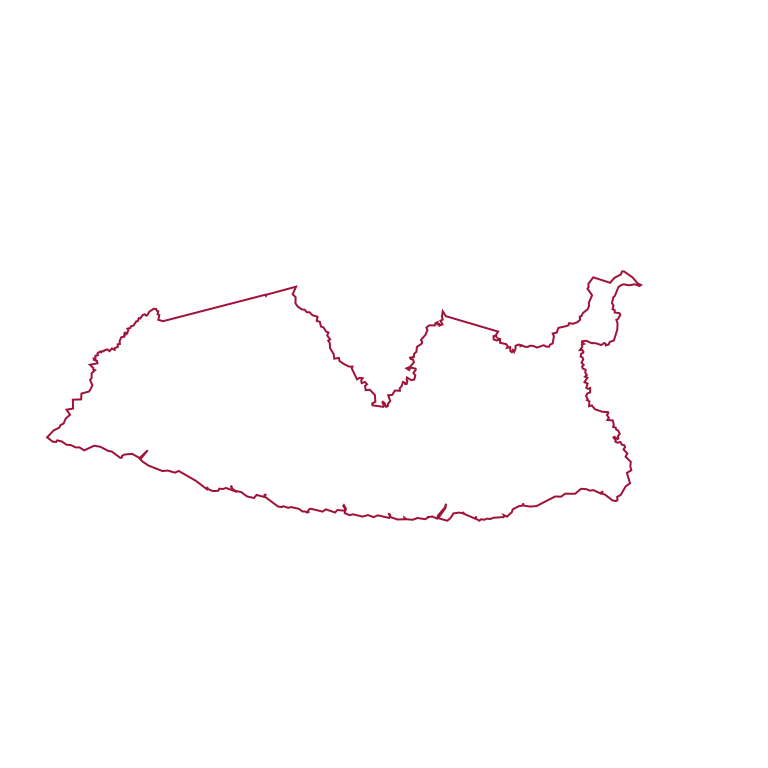 Donoso, Colón, Panama (Mercator projection), rotated 211°
{"feature_id": "35544464B61389009226289", "entity_name": "Donoso", "entity_type": "district", "adm_level": 2, "iso_a3": "PAN", "parent_name": "Panama", "parent_adm1": "Colón", "projection": "mercator", "projection_center": [-80.539, 8.91], "detail": "fine", "context": "isolated", "style": "outline", "palette": "rose", "viewbox_px": 768, "rotation_deg": 211, "n_neighbors": 0, "source": "geoboundaries", "source_scale": "gbopen_adm2", "svg_char_len": 6166}
<svg xmlns="http://www.w3.org/2000/svg" viewBox="0 0 768 768"><g transform="rotate(211 384 384)"><path d="M467.7,400.8L471.0,404.3L474.1,403.4L475.7,407.4L480.8,406.1L484.7,407.2L487.1,405.8L490.5,406.8L492.7,405.6L497.8,405.9L501.5,407.6L504.5,412.9L508.5,413.9L509.5,422.1L530.5,400.3L530.5,398.8L531.6,399.5L605.8,324.0L610.5,322.8L612.1,327.4L614.1,327.3L614.9,330.0L616.5,329.8L617.9,331.0L620.1,329.9L622.4,325.2L622.4,320.9L623.1,320.1L625.1,320.5L626.5,318.6L626.6,314.7L628.1,314.2L627.4,311.0L628.6,310.1L628.8,305.1L630.6,303.2L630.3,301.3L632.4,299.3L630.8,298.4L630.5,295.8L632.7,294.3L632.0,292.6L631.0,293.2L631.7,291.7L630.9,290.9L633.3,288.7L632.7,284.6L631.0,282.2L632.7,280.9L631.3,278.7L633.3,276.0L632.5,274.6L635.5,274.3L636.2,270.8L638.9,271.2L641.1,268.9L641.1,267.6L643.1,266.5L642.9,265.4L644.3,265.3L645.4,262.7L644.1,261.4L645.9,259.5L644.2,256.9L646.0,256.3L645.1,255.3L641.8,255.9L640.3,254.2L646.0,249.0L641.4,248.0L640.6,246.7L638.8,247.0L640.2,242.8L637.6,238.3L638.0,236.1L633.3,232.7L632.8,227.7L633.1,225.5L638.4,220.0L635.7,214.8L642.6,210.3L637.9,202.8L642.9,198.5L637.3,195.9L639.0,190.5L638.3,185.1L640.1,182.2L639.9,179.3L643.3,174.0L645.3,164.8L638.2,163.9L635.2,165.5L635.1,167.4L630.5,168.8L625.1,168.4L620.8,170.4L615.8,170.8L612.4,172.8L606.8,172.7L600.7,181.8L594.8,184.1L585.7,184.6L582.8,185.9L572.2,184.9L570.9,185.7L571.5,187.5L570.1,189.9L563.9,194.4L555.3,194.7L552.4,205.6L553.9,195.5L554.9,194.5L556.0,194.4L550.7,193.1L543.5,192.8L529.0,195.3L524.7,198.5L517.6,200.3L515.2,203.7L495.3,204.1L481.8,202.6L482.3,203.6L481.8,204.9L481.9,203.2L475.8,204.0L472.6,205.9L471.1,207.3L471.3,209.4L467.9,211.1L465.9,213.5L454.2,215.8L456.7,215.5L460.2,215.9L462.3,217.3L461.8,218.6L462.0,217.3L460.0,216.1L456.5,215.8L450.8,217.8L443.6,217.1L436.7,219.3L436.1,223.3L428.7,225.4L429.3,227.6L427.7,228.6L429.0,227.6L428.6,226.1L411.8,224.4L408.1,225.9L407.4,227.4L402.4,228.5L400.2,230.7L392.5,233.2L388.4,232.7L385.5,234.3L383.7,234.1L382.8,235.4L383.6,235.7L383.7,237.9L382.5,239.4L370.9,243.0L369.3,246.6L359.7,248.7L359.1,251.9L352.5,255.1L353.2,257.1L356.1,258.5L356.0,259.5L352.4,257.5L351.2,253.1L346.0,253.8L343.6,256.3L334.1,259.3L330.2,263.4L324.4,264.5L321.7,268.2L310.5,271.9L311.0,274.4L313.8,275.3L311.3,275.0L310.3,273.2L302.7,274.8L296.6,278.7L297.7,279.9L295.2,279.6L289.5,282.4L286.2,286.4L279.0,289.4L277.6,292.1L278.1,293.4L277.4,292.7L274.4,295.3L269.2,296.0L270.0,299.2L268.2,309.6L269.2,313.3L267.5,309.6L268.3,298.6L269.2,297.3L267.8,297.1L259.3,299.4L258.0,303.2L257.8,308.9L253.3,312.5L249.8,313.8L249.9,315.5L249.4,313.8L236.7,315.5L236.6,318.2L236.3,315.9L231.9,315.9L231.1,318.1L228.1,319.3L226.3,321.7L223.5,322.9L221.1,325.9L213.1,331.4L212.7,332.4L214.0,333.3L210.3,333.6L208.4,340.0L209.1,342.9L205.3,348.9L202.6,351.2L203.1,353.6L202.0,351.6L195.6,354.2L190.5,357.8L179.4,375.7L174.2,378.6L172.2,383.3L163.6,388.4L161.1,395.7L156.3,398.1L152.6,398.6L149.8,400.9L141.8,401.7L142.0,402.8L141.1,404.9L141.6,402.2L137.4,403.0L128.2,401.9L124.9,403.1L124.1,404.7L126.0,407.4L124.0,410.6L124.1,420.8L122.0,425.6L130.0,432.9L127.6,437.5L130.4,440.2L132.4,444.4L139.4,446.0L139.7,449.8L145.0,451.3L144.8,454.0L146.5,455.3L148.8,454.5L151.5,456.0L153.7,453.9L155.8,453.7L156.3,454.9L159.8,456.4L159.3,457.4L155.6,457.1L155.0,457.9L156.7,459.8L156.2,462.6L159.2,464.7L161.4,464.5L163.0,465.9L165.6,465.2L166.0,467.4L169.1,470.6L174.0,468.2L173.9,470.9L177.0,472.2L176.7,474.6L177.6,475.3L182.3,472.7L190.1,471.0L194.8,472.7L196.8,470.6L199.0,474.9L201.8,474.8L201.7,476.1L204.7,477.8L204.8,480.7L203.0,483.0L205.2,486.7L206.7,484.9L208.7,484.9L209.6,489.2L213.1,488.8L212.9,494.2L215.5,493.8L214.8,496.2L217.4,497.4L218.5,500.1L221.6,499.6L223.2,500.9L222.6,503.2L225.7,504.0L225.9,507.7L227.6,509.0L229.6,508.8L230.6,511.5L229.3,513.4L229.8,514.5L231.8,515.2L233.5,514.0L233.2,518.1L234.8,519.8L233.3,521.4L235.8,521.6L236.2,522.7L232.8,525.3L227.2,525.9L223.3,528.1L217.9,529.2L216.4,532.5L215.0,532.7L213.8,531.3L211.7,533.6L212.2,536.2L209.4,539.8L212.1,550.9L215.0,556.2L217.9,558.7L216.9,560.0L217.0,564.9L218.7,566.0L223.1,564.1L224.3,566.1L226.7,565.9L227.7,569.5L230.2,570.7L232.1,576.5L231.5,578.4L233.0,587.8L232.0,590.3L229.9,592.9L224.8,594.8L220.3,598.7L215.5,599.5L214.7,601.2L218.5,600.9L225.9,603.4L236.1,604.1L237.9,603.2L237.4,599.8L241.2,593.7L242.3,587.2L259.6,583.2L260.4,575.0L258.6,572.6L258.7,570.5L251.3,567.2L250.3,559.2L248.5,556.6L247.9,553.0L250.1,547.2L249.7,544.0L250.9,542.6L249.0,540.0L250.1,536.5L253.1,532.9L256.7,531.5L256.2,529.4L257.0,528.1L263.4,521.9L262.4,517.0L265.4,514.2L263.0,512.5L260.3,505.6L261.9,503.3L261.7,501.1L263.9,499.6L267.1,499.5L271.5,494.1L276.0,493.4L278.7,491.9L279.8,489.9L282.6,488.4L285.3,488.3L286.5,486.8L287.1,487.8L289.0,487.1L290.9,484.5L289.4,481.8L289.0,478.4L291.0,479.5L290.8,477.1L292.6,477.3L294.9,480.6L297.1,478.5L297.0,479.8L299.7,481.1L305.8,479.1L307.5,482.3L310.0,481.7L308.4,480.8L309.9,479.3L312.9,478.7L314.8,481.4L314.0,482.4L312.0,482.4L313.3,484.2L313.2,487.7L365.9,474.0L371.1,476.6L369.0,471.4L366.8,469.5L368.2,467.3L364.6,465.2L366.6,462.5L367.6,463.8L368.9,462.6L369.9,464.6L371.2,462.7L370.7,460.3L375.4,457.6L376.7,454.2L374.5,452.5L373.8,447.5L375.0,440.7L373.0,439.8L372.4,438.2L374.9,432.7L372.8,428.4L373.7,425.5L372.3,422.6L375.2,420.0L374.0,419.2L371.6,419.9L369.5,417.9L370.6,412.0L372.8,409.0L369.7,408.9L369.7,411.1L368.5,412.3L364.8,413.4L364.1,412.5L364.5,408.7L361.5,407.4L360.4,403.3L362.7,401.3L367.6,401.4L366.9,399.3L365.3,398.3L364.6,395.6L365.7,394.9L367.0,395.9L368.8,395.5L367.8,391.7L368.3,388.5L366.9,386.4L371.3,384.0L371.3,378.9L374.6,376.5L369.9,372.6L370.4,369.2L369.4,367.0L370.4,365.5L373.6,367.9L375.8,368.2L375.9,367.4L372.8,365.4L372.8,364.1L382.9,359.8L384.1,361.3L382.2,364.2L386.1,369.8L393.2,371.8L396.5,369.3L399.2,372.4L398.5,375.0L401.4,375.9L403.6,373.3L405.4,375.3L405.3,378.0L408.2,376.6L409.5,374.1L419.6,380.7L420.0,382.7L422.9,380.9L428.1,380.5L434.0,380.8L436.1,383.1L439.7,380.1L442.5,383.7L448.8,387.0L451.7,391.3L454.2,392.5L453.1,394.5L457.7,396.3L458.1,399.5L460.7,399.2L464.9,401.3L467.7,400.8Z" fill="none" stroke="#9f1239" stroke-width="2"/></g></svg>